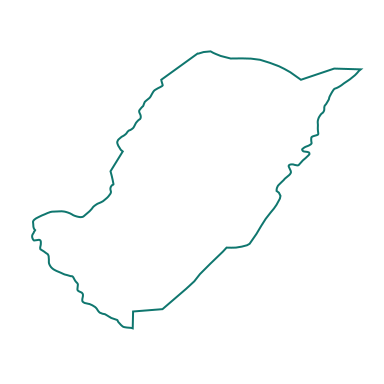 La Libertad, Francisco Morazán, Honduras, rotated 276°
{"feature_id": "27666195B53606089505662", "entity_name": "La Libertad", "entity_type": "district", "adm_level": 2, "iso_a3": "HND", "parent_name": "Honduras", "parent_adm1": "Francisco Morazán", "projection": "equal_earth", "projection_center": [-87.505, 13.705], "detail": "fine", "context": "isolated", "style": "outline", "palette": "teal", "viewbox_px": 384, "rotation_deg": 276, "n_neighbors": 0, "source": "geoboundaries", "source_scale": "gbopen_adm2", "svg_char_len": 5896}
<svg xmlns="http://www.w3.org/2000/svg" viewBox="0 0 384 384"><g transform="rotate(276 192 192)"><path d="M331.6,347.0L329.6,320.5L315.0,288.6L321.4,277.2L324.1,270.9L326.1,265.5L328.6,255.9L330.6,245.9L330.8,236.7L330.1,227.7L328.8,216.5L330.3,206.3L331.7,201.4L332.6,198.6L333.8,195.8L332.4,188.9L330.3,183.9L330.3,183.1L300.4,149.7L298.8,150.2L295.7,151.5L295.1,151.7L294.8,151.6L294.2,151.1L293.7,150.4L292.9,149.3L291.7,147.4L290.9,146.3L289.8,144.8L289.2,144.1L288.6,143.6L287.8,143.1L287.0,142.7L285.0,141.8L282.8,140.9L282.2,140.6L281.4,140.1L280.8,139.6L278.2,137.0L277.1,136.0L276.8,135.7L276.6,135.6L274.6,135.0L272.9,134.6L272.3,134.4L272.0,134.1L271.1,133.3L270.4,132.8L268.9,131.8L267.9,131.2L267.3,131.0L266.8,131.0L265.9,131.2L264.9,131.7L263.4,132.6L262.7,132.9L261.9,133.1L261.2,133.2L260.6,133.2L260.0,133.1L259.5,132.9L259.1,132.7L258.8,132.3L258.1,131.5L257.6,131.0L256.4,130.1L255.1,129.2L254.5,128.9L252.9,128.3L251.1,127.6L250.0,127.1L249.4,126.7L248.4,125.7L247.5,124.6L247.1,124.0L246.7,123.0L246.3,122.6L245.9,122.2L245.2,121.6L244.4,121.2L243.2,120.5L242.5,119.9L241.7,119.1L240.9,118.2L240.4,117.5L239.8,116.6L239.4,116.1L237.2,114.0L236.5,113.4L236.1,113.1L235.3,112.8L234.7,112.6L234.3,112.5L233.8,112.4L233.3,112.5L232.9,112.6L232.3,112.8L231.7,113.1L230.2,113.9L229.6,114.4L227.1,116.3L226.7,116.6L226.2,117.2L225.1,118.9L204.1,108.8L199.6,110.5L195.8,111.8L191.9,113.0L191.6,113.1L191.3,113.0L191.1,112.9L190.9,112.6L190.7,112.1L190.3,111.7L189.2,111.0L188.5,110.7L187.5,110.5L186.5,110.5L185.7,110.7L185.3,110.8L184.6,111.1L184.1,111.3L183.3,111.4L182.6,111.3L181.9,111.1L181.0,110.6L179.0,109.4L177.9,108.6L177.2,108.0L174.9,105.8L174.0,104.9L173.5,104.4L172.7,103.2L172.1,102.3L171.0,100.3L170.4,99.2L169.1,97.6L168.1,96.5L167.4,95.8L166.8,95.3L166.2,94.9L165.1,94.3L164.5,93.9L162.5,92.4L161.9,91.9L156.5,86.8L156.1,86.3L155.8,85.7L155.6,85.1L155.5,84.6L155.4,84.0L155.3,83.5L155.4,81.8L155.5,80.9L155.6,80.1L156.0,78.1L156.4,76.7L156.7,75.9L157.3,74.7L157.6,73.9L158.0,72.9L158.3,71.8L158.6,70.7L158.9,69.2L159.1,67.9L159.2,66.8L159.2,65.4L159.2,64.3L157.9,55.6L157.8,54.8L157.5,54.0L157.3,53.2L156.9,52.5L156.0,50.6L154.5,48.0L153.0,45.2L151.2,42.3L149.5,39.7L149.0,39.2L148.5,38.6L148.0,38.1L147.5,37.7L147.1,37.4L146.5,37.2L146.2,37.1L145.7,37.0L143.8,37.4L140.9,37.9L139.8,38.3L138.9,38.8L138.4,39.2L137.7,40.0L136.8,39.6L136.1,39.1L135.6,39.0L134.9,38.8L133.1,37.9L132.4,37.7L131.6,37.6L130.7,37.7L130.0,37.9L129.3,38.2L128.7,38.5L128.1,39.0L127.5,39.5L127.4,39.7L127.3,39.9L127.3,40.2L127.5,40.9L128.1,43.5L128.4,44.5L128.4,45.1L128.4,45.5L128.1,46.0L127.9,46.3L127.4,46.6L126.9,46.8L125.6,47.0L123.7,47.1L121.9,46.9L121.1,46.8L120.2,46.9L119.4,47.1L119.2,47.3L119.0,47.6L118.1,49.5L117.3,51.1L116.2,52.9L115.3,54.6L115.0,55.1L114.7,55.3L114.1,55.7L113.5,56.0L112.9,56.2L112.2,56.3L110.0,56.7L107.1,57.0L106.0,57.3L105.2,57.7L104.2,58.3L103.3,59.0L102.4,59.8L101.7,60.7L101.2,61.4L100.6,62.4L99.9,64.0L99.3,65.6L98.0,69.9L96.9,73.1L96.6,74.3L96.4,75.9L96.2,77.1L95.7,79.7L95.6,80.3L95.7,81.0L95.7,81.4L95.6,81.8L95.4,82.2L95.1,82.5L94.7,82.9L93.2,83.9L91.5,85.1L90.4,86.2L89.4,87.4L88.9,87.8L88.4,88.1L87.8,88.2L83.5,88.2L82.8,88.3L82.3,88.6L81.9,89.0L81.5,89.7L81.2,90.5L80.7,92.0L80.4,92.8L80.1,93.2L79.8,93.5L79.5,93.8L79.2,94.0L78.7,94.2L78.4,94.3L77.1,94.4L76.0,94.3L73.9,94.1L72.8,94.2L72.4,94.3L72.0,94.4L71.7,94.6L71.4,94.9L71.2,95.2L70.9,95.7L70.4,96.9L70.2,98.7L69.9,101.2L69.9,101.7L69.7,102.3L69.0,104.5L68.5,105.6L68.1,106.4L67.4,107.8L66.6,108.8L65.8,109.6L64.5,110.6L63.6,111.4L62.9,112.2L62.6,112.6L62.3,113.1L62.0,114.3L61.6,115.6L61.5,116.6L61.4,118.0L61.2,118.6L60.8,119.5L58.3,124.8L56.9,130.9L56.7,131.2L56.5,131.4L55.7,131.8L54.9,132.4L53.4,134.1L52.4,135.2L51.8,136.0L51.2,136.9L50.8,137.6L50.6,138.4L50.5,139.4L50.4,141.6L50.5,145.4L50.4,146.3L50.2,147.3L67.0,145.9L72.4,174.9L95.0,196.2L103.4,203.6L111.2,208.5L122.7,217.8L136.0,229.0L140.3,232.2L140.7,236.9L141.3,241.5L142.9,247.3L144.8,252.3L146.5,254.7L157.1,260.5L165.8,264.5L173.0,268.1L179.9,272.4L184.1,275.2L188.1,277.4L194.6,280.1L197.4,280.4L200.4,278.5L201.9,276.0L203.3,275.9L204.6,276.0L205.4,276.2L206.3,276.5L207.1,276.8L208.0,277.4L211.4,280.2L213.4,281.9L214.9,282.9L218.9,286.8L219.4,287.2L220.1,287.7L221.0,288.1L221.5,288.3L221.9,288.3L222.2,288.3L222.5,288.2L223.2,288.0L223.9,287.6L227.3,285.6L227.6,285.5L228.0,285.4L228.3,285.5L228.6,285.6L229.1,286.0L229.4,286.5L229.8,287.6L229.9,288.5L230.0,289.3L230.0,289.7L229.9,290.2L229.7,291.2L229.5,293.4L229.5,294.1L229.5,294.4L229.6,294.7L229.8,295.0L230.2,295.5L231.1,296.1L235.1,299.0L237.7,301.5L239.0,302.6L240.5,303.9L241.6,304.7L241.9,304.8L242.2,304.8L242.7,304.7L243.0,304.6L243.2,304.4L243.6,304.0L243.7,303.6L243.9,302.6L244.0,299.1L244.1,298.6L244.4,298.0L244.8,297.6L245.4,297.2L245.7,297.1L245.9,297.1L246.3,297.3L246.8,297.8L247.5,298.5L248.1,299.2L248.6,299.9L249.0,300.6L249.9,302.4L250.6,303.6L251.1,304.2L251.6,304.9L251.9,305.2L252.4,305.6L252.9,305.8L253.3,305.8L255.1,305.3L257.0,305.0L257.7,305.0L258.6,305.0L258.9,305.2L259.2,305.3L259.4,305.6L259.8,306.0L260.3,307.1L260.7,308.0L261.3,309.5L261.7,310.4L262.2,311.2L262.5,311.4L263.0,311.5L263.7,311.4L266.3,310.8L268.1,310.5L269.2,310.4L270.7,310.3L271.9,310.2L274.1,309.8L275.0,309.7L276.2,309.7L277.5,309.9L278.8,310.2L279.7,310.5L280.5,310.9L281.5,311.4L282.6,312.0L283.1,312.4L283.6,312.8L284.4,313.7L284.8,314.0L285.3,314.3L285.9,314.5L286.5,314.8L287.2,314.9L288.1,314.9L289.1,314.8L289.7,314.7L290.8,314.8L291.5,314.9L292.2,315.3L293.2,316.0L293.7,316.3L298.1,318.3L298.8,318.5L300.1,318.6L301.3,318.9L304.3,320.1L305.9,320.8L308.1,321.9L308.9,322.4L309.3,322.7L309.6,323.1L309.8,323.4L310.5,324.9L311.3,326.2L312.3,327.6L312.9,328.4L314.0,329.7L316.0,331.8L318.9,335.3L320.6,337.3L323.5,340.2L325.2,341.9L327.1,343.4L328.2,344.2L329.7,345.2L330.6,346.0L331.6,347.0Z" fill="none" stroke="#0f766e" stroke-width="2"/></g></svg>